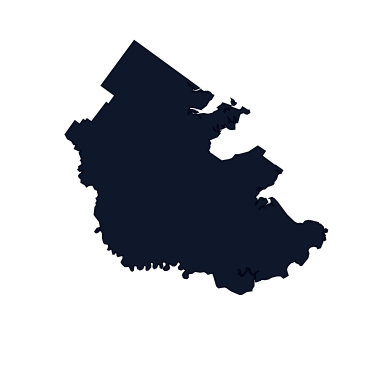 outline of Litchfield, Northern Territory, Australia, rotated 126°
{"feature_id": "25037944B87513158470011", "entity_name": "Litchfield", "entity_type": "district", "adm_level": 2, "iso_a3": "AUS", "parent_name": "Australia", "parent_adm1": "Northern Territory", "projection": "mercator", "projection_center": [131.088, -12.502], "detail": "fine", "context": "isolated", "style": "filled", "palette": "ink", "viewbox_px": 384, "rotation_deg": 126, "n_neighbors": 0, "source": "geoboundaries", "source_scale": "gbopen_adm2", "svg_char_len": 6063}
<svg xmlns="http://www.w3.org/2000/svg" viewBox="0 0 384 384"><g transform="rotate(126 192 192)"><path d="M219.9,328.3L222.0,323.8L221.4,319.5L222.9,315.9L221.9,313.4L225.9,312.5L225.1,308.1L223.8,306.2L226.6,306.1L229.7,301.3L230.3,300.6L231.9,300.7L232.0,299.6L234.2,297.0L238.1,298.4L239.4,297.1L240.8,297.4L241.2,295.0L239.0,293.8L239.1,292.7L240.7,292.8L241.6,292.0L243.1,293.0L245.4,293.2L246.4,291.8L246.6,289.1L249.4,287.3L248.9,283.1L249.7,280.3L247.6,279.8L244.6,276.5L246.7,272.2L245.9,269.1L247.6,268.0L249.4,265.6L252.1,265.2L253.3,265.8L254.9,263.2L257.4,263.1L258.3,261.5L261.3,261.4L267.8,257.6L270.3,249.3L273.7,245.7L274.8,245.4L277.3,247.3L281.1,247.2L281.3,245.6L279.5,244.5L277.3,244.3L276.6,242.2L278.1,239.8L281.9,237.1L284.6,233.7L285.0,232.3L283.5,229.5L284.1,228.0L285.6,226.8L288.1,226.3L287.8,225.2L285.5,224.0L285.4,223.1L288.6,219.4L287.9,218.6L286.0,218.6L285.4,217.8L285.7,216.4L287.3,215.2L287.6,214.0L283.5,210.8L286.3,208.5L290.2,208.0L291.1,206.4L291.6,202.5L288.9,199.0L291.0,195.5L291.1,194.0L289.9,193.6L286.4,195.6L284.9,195.2L284.1,192.8L285.8,190.9L285.5,188.4L283.0,186.9L279.6,187.9L278.9,186.8L278.9,185.2L281.7,183.4L281.8,182.7L280.7,181.6L277.4,181.4L276.1,182.0L274.0,184.4L272.6,183.9L272.1,181.8L272.4,180.9L275.5,179.3L276.1,177.6L274.1,176.4L270.1,177.3L269.9,174.8L271.7,173.2L271.6,172.0L269.3,172.0L267.3,174.5L266.0,174.5L264.5,173.4L264.6,171.2L266.0,169.9L267.5,169.6L270.7,170.4L271.0,170.0L271.4,168.1L270.0,166.3L267.8,165.4L266.7,165.7L264.4,168.6L263.0,167.6L262.9,164.3L262.1,162.8L260.1,162.2L256.8,162.8L256.4,162.3L256.1,160.4L256.8,159.0L258.2,158.3L260.6,158.7L262.0,157.3L261.3,155.1L258.9,153.9L258.8,151.3L259.6,150.8L262.8,151.2L264.8,150.6L266.1,148.7L266.1,147.4L264.8,145.2L263.5,145.0L260.3,147.2L257.7,144.3L254.3,143.1L251.9,138.3L249.2,135.7L248.7,133.2L249.0,130.8L246.4,129.0L245.3,127.2L253.3,116.9L253.8,114.4L249.6,110.1L248.8,107.9L248.8,102.6L247.4,96.1L246.8,93.6L245.4,91.7L240.2,89.4L236.7,85.7L235.8,86.5L231.6,86.9L228.1,89.4L228.2,90.1L224.2,91.3L223.3,92.9L223.7,97.4L221.1,100.8L229.5,101.4L231.4,102.4L230.4,104.8L231.3,105.9L229.7,105.9L229.4,108.1L229.6,105.0L227.3,106.8L227.2,108.0L228.1,109.5L227.1,108.5L227.0,106.8L230.7,103.5L230.7,102.5L225.3,101.6L221.9,102.5L221.0,103.9L221.4,102.6L220.2,100.5L222.9,97.0L222.4,92.3L220.1,93.4L216.4,91.5L220.7,93.0L226.3,88.7L227.0,87.5L223.1,84.8L221.8,84.8L219.8,81.5L217.2,79.1L214.3,77.9L209.9,74.2L207.5,71.0L207.7,67.4L203.1,65.4L199.7,69.8L198.2,70.6L195.7,71.2L191.2,70.6L187.1,67.8L187.9,66.3L187.1,63.2L187.6,61.1L186.7,60.2L177.2,59.7L173.0,61.6L171.4,63.9L168.9,64.6L166.1,63.5L163.9,61.4L162.8,58.8L163.7,57.0L161.5,55.5L156.0,56.9L152.0,59.5L148.6,60.6L148.1,63.0L147.7,61.2L146.4,61.9L143.2,65.3L142.7,68.8L143.3,71.1L142.7,71.9L145.6,79.1L146.8,78.7L146.4,80.7L149.1,83.2L152.7,83.4L153.9,86.0L155.5,87.4L156.0,89.2L156.3,91.8L154.9,101.9L150.2,116.9L149.3,121.4L149.5,124.0L151.3,125.3L151.0,124.4L154.7,120.1L155.3,117.7L154.1,117.3L155.2,117.2L155.7,117.6L155.0,119.2L155.1,121.9L157.3,121.4L156.5,122.4L157.0,123.0L160.5,124.3L161.8,123.7L162.0,125.2L163.8,127.2L167.3,127.3L163.8,127.7L161.2,125.9L155.7,124.9L154.0,128.5L155.4,130.2L156.8,130.0L156.3,131.1L155.3,131.2L155.8,132.7L157.2,133.6L162.8,132.7L165.1,133.3L164.0,133.9L161.4,133.8L159.6,135.3L159.6,137.1L157.6,138.2L157.2,137.7L153.8,137.4L152.3,138.0L148.0,136.5L147.6,137.6L149.6,140.3L150.8,138.4L151.8,138.7L151.7,142.3L151.3,138.6L149.3,140.6L147.3,137.7L147.4,135.8L146.5,135.0L140.9,133.7L141.5,133.1L138.3,131.0L137.0,130.9L135.7,131.8L132.1,131.6L129.1,133.3L129.9,132.2L127.7,132.9L126.2,132.6L125.0,133.7L125.2,136.8L124.5,136.6L124.2,133.9L125.3,131.9L124.7,131.1L121.3,131.5L121.4,140.0L121.9,140.0L121.8,156.7L116.0,156.9L116.3,165.6L126.5,169.5L134.7,176.2L136.4,178.7L141.1,178.9L144.0,180.8L149.6,186.2L150.0,201.4L149.2,201.9L149.1,203.0L147.4,203.9L146.8,203.4L144.7,204.3L144.2,205.3L141.6,205.7L140.0,209.0L132.5,204.2L128.3,204.0L128.5,205.2L127.7,205.9L128.9,209.0L128.6,211.1L127.6,212.0L128.3,208.4L126.0,206.1L125.2,209.6L123.1,210.2L122.1,211.6L122.7,210.1L124.7,209.3L125.1,206.9L123.8,205.3L120.3,203.3L120.9,204.8L120.6,206.5L119.3,204.4L117.8,204.9L119.1,201.1L119.0,198.7L117.9,196.5L116.0,194.5L111.5,197.7L111.9,202.6L112.5,203.1L113.3,202.4L113.8,202.8L111.6,204.2L111.7,205.3L110.6,206.5L111.4,202.9L110.3,197.3L109.6,197.5L108.1,200.5L106.3,201.8L106.4,203.2L106.0,202.4L106.1,201.7L109.4,197.3L109.0,196.1L102.0,198.9L100.1,199.1L97.1,196.8L97.2,194.9L96.4,193.2L93.9,192.1L92.4,193.9L93.2,194.7L93.6,201.0L95.6,200.7L98.0,201.7L100.1,209.2L102.7,211.0L103.5,210.3L103.4,211.3L105.5,213.2L108.2,212.4L107.7,213.7L105.2,214.0L103.1,212.3L99.4,210.9L102.0,219.4L104.3,219.4L108.6,221.0L108.7,218.6L109.8,219.1L110.4,218.7L114.1,221.0L116.2,221.4L119.9,224.6L121.6,228.3L124.5,231.5L125.6,231.4L127.4,227.8L125.5,232.2L127.4,235.8L128.5,236.4L128.9,240.7L130.0,241.2L132.4,240.3L129.8,241.6L128.2,241.2L127.9,243.1L124.4,243.4L122.5,240.4L119.8,233.2L116.2,232.2L115.9,233.0L115.3,232.0L113.8,231.4L107.8,231.9L105.5,230.9L101.1,231.4L101.6,232.9L100.8,235.7L101.3,238.4L102.8,238.6L102.3,239.6L102.9,240.4L105.3,242.0L104.0,242.0L104.2,243.8L104.9,244.3L104.1,244.9L107.3,246.7L109.3,248.8L109.6,250.2L110.7,250.4L107.0,252.8L107.2,257.8L105.9,260.3L106.8,257.6L106.2,253.7L107.6,250.0L103.7,247.3L103.6,327.6L159.1,327.9L159.1,311.0L170.2,311.0L170.1,313.8L194.5,314.4L194.7,319.9L197.4,319.9L197.4,322.5L203.4,322.5L203.3,328.5L219.9,328.3ZM94.6,208.3L94.0,208.9L94.7,209.9L93.7,211.2L94.3,211.6L93.3,212.7L93.5,214.7L94.3,213.5L95.9,213.3L97.5,211.0L97.2,209.0L94.6,208.3ZM127.1,242.5L127.5,239.5L125.4,235.6L124.3,237.4L125.2,240.1L127.1,242.5ZM144.1,62.5L146.2,60.3L144.9,59.3L143.2,60.1L143.2,62.1L144.1,62.5ZM150.5,58.3L153.4,57.1L153.6,56.6L152.2,55.9L150.4,57.5L150.5,58.3ZM124.1,235.6L124.8,235.0L124.0,234.2L123.9,234.9L124.1,235.6ZM126.7,204.9L127.4,205.4L127.8,204.9L126.7,204.9ZM148.7,59.2L149.9,58.7L148.9,58.7L148.7,59.2Z" fill="#0f172a" stroke="#020617" stroke-width="1.5"/></g></svg>